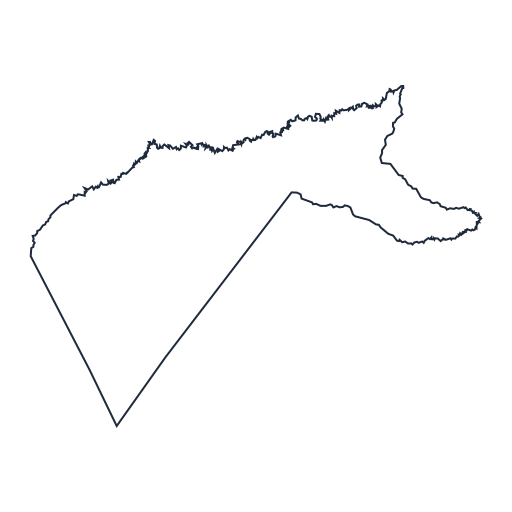 Papunaua(cor. Departamental), Vaupés, Colombia
{"feature_id": "7082276B69012408325747", "entity_name": "Papunaua(cor. Departamental)", "entity_type": "district", "adm_level": 2, "iso_a3": "COL", "parent_name": "Colombia", "parent_adm1": "Vaupés", "projection": "robinson", "projection_center": [-70.32, 1.617], "detail": "fine", "context": "isolated", "style": "outline", "palette": "slate", "viewbox_px": 512, "rotation_deg": 0, "n_neighbors": 0, "source": "geoboundaries", "source_scale": "gbopen_adm2", "svg_char_len": 6062}
<svg xmlns="http://www.w3.org/2000/svg" viewBox="0 0 512 512"><path d="M116.7,426.0L165.4,357.3L291.6,192.4L297.0,192.6L300.6,194.4L301.6,198.6L312.1,202.4L313.0,204.2L316.3,203.9L320.6,205.9L326.0,205.9L330.2,204.4L331.7,204.9L333.4,207.4L336.6,206.1L339.7,207.3L343.0,206.9L344.7,205.4L347.8,206.0L350.4,207.5L353.0,214.4L355.1,216.3L369.1,220.0L376.0,224.4L378.9,224.8L380.6,227.4L388.3,233.8L393.2,235.6L396.9,240.6L399.0,241.1L399.6,239.8L402.1,242.2L405.2,241.5L408.0,243.5L411.1,243.4L412.5,244.5L414.2,242.5L417.1,241.8L418.7,242.8L422.2,241.5L423.7,242.8L424.7,240.8L428.4,238.1L430.0,239.1L431.0,237.9L431.0,239.0L432.3,239.3L433.1,238.5L433.8,239.2L433.7,238.1L434.7,239.1L435.1,238.3L437.8,238.5L440.7,241.1L442.6,239.3L444.0,239.5L443.8,238.7L446.0,239.8L450.3,238.3L451.4,239.6L452.2,238.5L455.2,238.6L457.0,236.4L457.9,236.7L459.5,235.4L458.9,234.5L459.8,234.5L460.1,233.3L461.4,234.6L462.2,233.1L462.5,233.8L464.0,232.7L463.7,231.9L465.4,232.0L465.3,230.9L465.9,231.2L465.9,230.1L466.8,230.2L467.2,229.2L471.1,230.6L472.3,229.5L473.4,230.3L474.9,229.5L475.5,227.5L476.5,228.4L476.6,225.3L478.0,223.0L476.8,223.2L476.8,222.0L479.2,222.2L478.5,221.2L481.0,218.6L479.4,218.1L481.3,217.1L479.8,217.1L478.6,213.9L477.2,215.8L475.1,213.7L475.7,213.0L473.9,212.8L473.8,211.8L472.8,212.6L472.2,211.0L470.4,209.9L470.6,209.1L469.8,209.0L469.7,210.2L467.6,210.0L465.7,207.5L464.5,208.1L463.5,207.2L458.8,208.7L456.1,207.8L454.0,208.9L450.1,208.3L446.8,209.6L445.8,207.8L440.6,206.2L439.8,204.2L437.2,202.4L433.4,203.1L431.4,202.5L429.8,200.2L423.6,198.9L420.9,197.3L416.2,188.8L412.6,188.6L411.3,186.4L408.1,184.7L405.2,179.3L402.7,177.9L402.7,176.0L398.7,175.0L390.4,163.9L381.8,163.0L380.2,157.6L382.1,153.1L382.0,150.2L385.8,144.8L385.0,139.7L387.3,136.0L392.3,133.6L393.3,131.9L394.2,128.6L392.9,126.3L393.1,122.8L394.7,122.5L396.9,118.8L402.5,114.3L401.2,112.4L401.7,108.7L399.2,103.6L400.1,98.4L399.7,96.4L400.7,94.4L400.1,93.7L402.3,88.1L403.3,88.0L403.2,86.0L401.2,86.1L396.8,89.9L394.3,90.5L393.5,92.5L393.1,91.0L391.2,91.7L390.7,89.6L389.6,89.1L389.4,91.2L386.9,92.9L385.8,98.8L384.6,99.9L383.0,98.4L383.2,101.2L382.4,99.9L381.5,100.6L381.8,102.5L380.5,103.9L380.0,106.3L378.8,105.4L376.9,106.8L377.2,105.4L375.8,104.1L375.9,106.2L373.9,106.4L372.8,105.2L372.2,106.5L372.9,108.0L372.1,108.4L370.6,105.8L370.0,106.2L370.4,107.7L368.8,107.8L368.8,106.0L366.9,106.4L367.6,104.5L364.3,102.8L362.0,103.9L361.4,106.4L359.1,106.7L359.2,104.5L357.5,104.6L356.1,105.8L356.7,108.1L354.2,110.2L353.1,109.1L352.8,106.7L349.1,110.0L349.3,108.2L347.0,109.9L343.5,110.3L342.2,109.3L341.4,110.5L339.7,110.2L339.4,112.9L335.8,110.7L336.2,113.7L334.3,113.1L334.2,116.2L331.7,115.7L331.8,117.8L331.1,116.7L329.5,116.7L328.8,115.2L327.6,116.7L328.3,119.6L327.0,119.7L326.0,118.2L324.9,121.6L323.6,119.2L322.9,120.8L320.5,120.7L321.4,119.5L320.3,118.6L320.7,116.7L319.4,114.1L315.9,113.8L315.0,116.9L316.8,118.5L316.8,119.6L316.2,120.5L313.5,120.8L312.3,120.5L311.7,116.8L309.5,115.8L308.1,116.6L307.3,119.1L306.5,118.1L304.7,118.8L304.2,120.3L302.4,120.3L300.9,118.9L299.0,118.6L297.9,115.5L295.7,117.4L295.5,120.4L292.2,121.3L290.8,119.8L287.8,121.6L287.7,123.1L289.1,122.2L288.5,124.1L290.3,125.8L288.7,127.4L288.4,125.9L287.6,125.7L286.9,127.1L288.1,127.7L288.2,128.9L283.8,127.6L281.5,128.9L281.3,129.9L282.9,129.0L283.2,130.3L282.1,130.4L282.0,132.1L280.3,132.4L281.0,135.3L276.0,133.7L275.3,136.4L273.1,137.2L272.6,136.4L273.5,133.6L272.1,133.1L272.2,131.2L269.1,132.2L270.0,133.4L269.0,134.7L267.6,133.6L267.5,131.4L266.7,131.1L265.1,132.1L263.6,135.0L262.1,134.7L260.6,138.1L258.3,136.9L257.3,138.2L256.7,137.0L255.4,140.0L254.1,140.1L253.3,138.9L253.0,140.0L251.4,140.0L251.1,141.6L249.8,140.7L249.8,139.2L247.4,137.8L245.7,138.2L245.4,139.8L244.4,139.0L243.5,140.3L243.6,142.2L242.4,143.2L241.3,141.9L241.2,144.1L240.1,142.0L237.5,141.1L236.9,142.3L238.8,144.4L233.1,145.2L232.5,147.6L233.8,148.6L231.7,149.3L232.9,150.1L232.6,150.8L229.6,149.2L228.4,150.4L227.0,147.7L225.0,148.0L224.0,147.0L223.8,149.4L222.3,151.1L218.9,149.2L219.2,150.8L218.0,151.6L218.2,149.3L217.4,148.7L214.8,152.9L213.3,148.8L212.0,150.9L211.6,149.5L210.3,149.7L210.4,147.8L211.8,148.2L212.0,147.4L209.8,147.3L208.9,145.7L207.9,147.3L206.5,145.1L206.6,147.1L205.5,148.3L205.9,146.2L204.0,146.3L205.0,145.1L203.0,144.6L202.4,143.5L201.7,144.6L201.2,143.3L197.2,144.3L198.3,146.0L198.0,149.1L196.7,148.9L196.6,147.4L195.2,148.4L193.6,147.5L192.1,148.4L190.9,146.8L192.5,145.2L189.1,141.9L187.9,142.8L188.7,143.9L188.2,144.7L185.6,143.9L186.9,145.6L186.0,147.5L180.9,145.7L180.8,148.7L179.2,150.0L178.1,148.4L176.7,149.3L176.0,147.0L172.9,148.8L170.1,145.5L168.4,145.1L169.0,148.2L164.3,144.5L162.5,146.3L162.5,147.9L160.8,147.7L159.9,145.8L159.2,148.3L158.1,148.8L157.0,147.6L156.8,144.5L154.5,143.9L155.0,140.9L153.7,139.9L152.1,144.1L150.7,143.6L150.0,141.9L148.8,142.0L150.4,144.7L148.4,145.4L149.0,146.5L148.0,147.5L148.9,148.1L147.7,148.4L148.0,150.8L146.3,153.8L145.8,152.1L144.5,153.8L145.2,156.0L146.1,155.6L146.3,156.4L143.0,158.5L142.8,157.7L144.0,157.1L143.5,156.3L140.7,158.7L140.3,158.1L138.8,159.6L139.2,161.4L138.0,160.8L136.9,162.8L135.8,161.6L135.6,163.9L134.6,164.8L133.9,163.8L133.3,165.5L132.8,164.9L133.8,167.2L132.4,167.5L127.5,172.7L126.6,172.0L127.1,173.0L126.1,173.9L123.1,172.9L122.7,173.6L123.6,174.1L121.4,173.8L120.7,176.9L119.0,177.3L118.1,176.1L119.0,179.6L116.3,179.9L114.7,183.2L113.6,182.9L113.1,179.7L110.6,180.5L111.7,182.4L110.6,183.6L108.2,181.0L108.7,183.6L106.7,184.9L102.8,184.6L101.1,182.4L99.0,187.2L97.5,187.8L97.4,186.6L96.8,187.4L95.7,186.7L93.8,189.4L92.2,186.4L88.1,189.5L84.5,188.0L86.7,191.2L85.6,192.6L84.7,192.1L84.7,195.7L78.8,194.4L77.8,194.3L76.7,195.9L74.0,195.0L73.3,199.2L68.9,201.3L67.9,203.4L65.9,202.2L65.7,203.2L61.1,205.1L58.2,207.6L50.4,215.5L50.4,217.3L48.6,219.1L48.0,221.3L46.2,221.9L45.1,224.5L42.8,225.5L39.9,229.8L37.2,231.1L37.2,233.0L35.2,235.5L32.7,235.9L33.7,239.0L33.0,240.9L34.7,242.8L33.4,245.1L33.4,246.8L31.3,248.1L30.7,256.2L89.6,369.9L116.7,426.0Z" fill="none" stroke="#1e293b" stroke-width="2"/></svg>